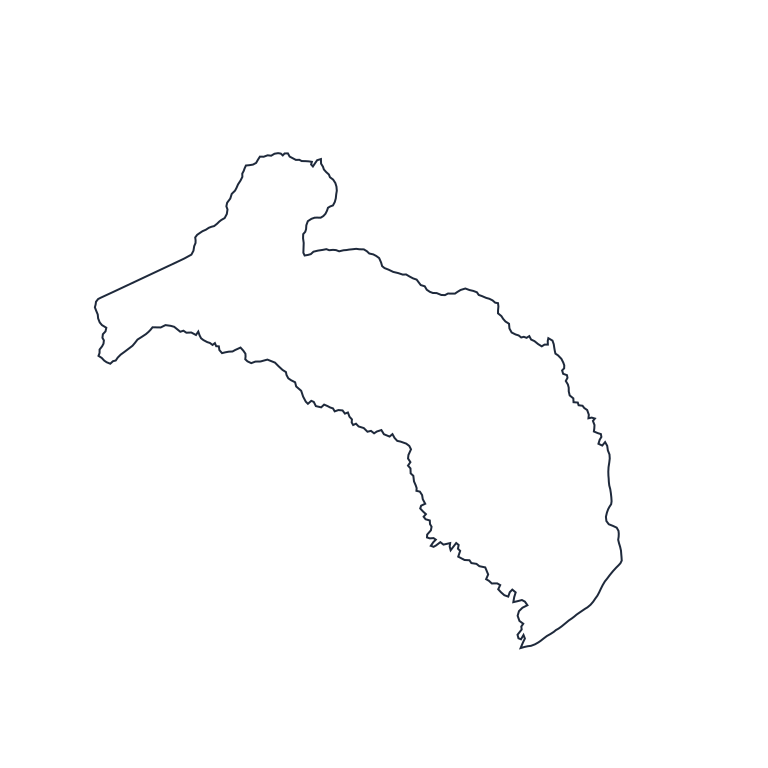 the district of Bom Jesus do Tocantins, Tocantins, Brazil, rotated 208°
{"feature_id": "56859067B75355152775274", "entity_name": "Bom Jesus do Tocantins", "entity_type": "district", "adm_level": 2, "iso_a3": "BRA", "parent_name": "Brazil", "parent_adm1": "Tocantins", "projection": "mercator", "projection_center": [-47.87, -9.003], "detail": "fine", "context": "isolated", "style": "outline", "palette": "slate", "viewbox_px": 768, "rotation_deg": 208, "n_neighbors": 0, "source": "geoboundaries", "source_scale": "gbopen_adm2", "svg_char_len": 6038}
<svg xmlns="http://www.w3.org/2000/svg" viewBox="0 0 768 768"><g transform="rotate(208 384 384)"><path d="M676.9,321.4L675.9,318.7L675.3,316.0L672.8,313.8L669.4,311.0L667.2,307.7L663.9,304.9L660.7,303.6L655.6,303.3L654.6,299.7L655.6,296.0L654.3,292.6L651.8,291.0L650.6,287.9L650.6,284.9L651.3,280.9L649.7,277.8L649.3,274.8L645.5,274.5L642.0,273.3L639.1,273.0L635.2,273.4L634.0,276.9L631.9,278.8L631.5,282.3L630.3,286.3L628.3,290.4L624.0,299.7L623.2,303.4L622.5,307.5L620.0,311.9L617.6,316.3L616.4,319.4L615.6,322.2L615.0,325.4L607.7,329.1L604.6,333.4L599.7,335.2L596.1,336.0L592.0,335.2L588.4,334.5L586.1,336.9L582.6,336.5L578.3,339.0L573.0,339.0L572.6,343.1L569.6,340.3L567.0,338.5L564.1,338.0L559.7,338.0L557.0,338.5L553.7,338.0L552.5,340.7L549.9,338.6L547.5,339.7L545.3,336.7L541.5,335.2L539.2,337.3L536.2,339.7L533.0,341.6L531.4,344.1L527.8,348.8L523.9,347.4L520.6,345.7L519.2,343.4L518.1,340.7L515.2,339.9L511.0,340.1L508.1,343.4L503.6,345.9L501.4,348.0L498.4,350.8L490.3,351.7L485.5,350.2L480.2,348.8L476.2,348.5L474.3,346.2L471.2,344.1L467.8,343.7L463.3,343.8L460.4,340.6L453.9,339.1L449.5,334.9L444.8,331.7L441.9,330.8L440.3,335.0L437.6,335.2L433.8,332.5L428.5,333.9L427.2,337.7L423.5,338.0L420.5,338.0L417.6,338.5L414.7,336.7L412.0,339.6L408.2,341.2L404.6,339.5L402.5,341.9L399.1,338.9L395.7,337.7L394.5,334.9L392.0,333.3L390.1,335.8L386.5,334.6L381.2,335.6L376.2,334.1L373.5,336.5L369.6,335.8L368.0,338.7L364.7,342.1L360.5,339.6L354.4,340.2L353.0,343.7L349.3,341.3L345.6,340.0L342.4,340.9L336.4,341.8L332.6,341.2L329.5,339.0L329.1,332.8L327.8,329.5L324.0,327.4L324.5,323.2L321.0,321.9L318.5,317.6L315.0,316.7L311.8,312.1L308.4,309.4L306.3,307.4L305.2,304.9L301.8,305.8L298.2,303.8L295.7,300.5L291.4,297.6L294.1,294.0L293.6,291.1L289.5,289.7L285.9,288.8L286.7,285.4L283.8,284.1L279.5,285.0L277.6,281.9L275.0,280.3L273.9,276.8L275.2,271.3L274.0,268.7L271.1,269.2L267.9,271.2L265.2,270.9L266.2,267.4L266.7,263.1L263.8,263.5L262.3,265.8L260.0,270.8L256.1,270.1L250.9,274.6L249.7,271.3L247.1,268.5L245.6,277.5L242.5,276.9L241.4,273.3L238.4,272.4L237.4,266.4L230.3,266.4L225.8,268.5L222.8,266.9L217.9,268.6L214.3,267.9L208.5,269.6L202.6,264.7L202.2,259.6L199.0,259.5L195.2,258.5L190.4,261.1L187.0,261.0L186.8,256.4L182.8,255.0L178.6,254.0L174.5,254.6L175.2,259.2L174.2,262.7L169.9,261.8L169.0,257.0L167.4,252.1L164.4,254.7L160.8,258.0L157.4,258.0L153.5,256.0L156.7,251.5L158.2,246.8L157.2,242.1L153.2,238.4L148.5,237.7L148.9,234.3L147.2,231.9L148.4,225.3L145.9,222.6L143.2,222.9L143.0,227.9L140.1,225.4L140.0,221.8L139.8,219.1L139.4,215.0L136.5,217.8L133.9,220.0L131.3,221.8L128.5,225.0L126.4,228.3L125.1,230.8L123.7,234.0L121.9,237.9L119.6,241.5L117.7,244.9L116.7,247.4L115.1,249.9L113.4,253.3L111.3,258.3L109.8,262.0L108.1,265.2L106.8,268.0L105.7,270.8L104.2,273.7L101.0,279.8L99.5,282.3L98.0,286.0L97.1,290.0L96.7,293.8L96.2,297.3L96.2,301.1L96.4,304.9L96.5,308.9L96.3,313.4L95.6,317.0L95.0,321.0L94.0,326.1L92.8,330.8L91.8,334.0L91.1,336.7L91.2,339.7L93.1,342.8L94.6,345.1L96.5,348.1L99.0,351.0L101.8,353.8L104.1,356.4L105.1,359.3L106.4,362.0L108.0,364.4L111.1,366.4L115.2,366.2L119.7,365.7L123.3,367.4L125.7,370.9L126.8,375.1L127.3,378.7L127.3,381.4L127.0,384.5L128.0,387.3L130.1,390.7L132.5,394.2L134.9,397.4L137.5,400.2L139.5,403.1L141.3,406.1L142.8,408.4L144.8,411.9L146.7,416.0L148.2,420.3L149.7,424.2L151.8,427.6L155.2,430.5L157.9,434.2L161.5,436.5L162.4,432.1L166.6,431.9L167.4,436.1L167.2,439.3L169.0,441.6L172.1,441.0L176.4,440.6L177.5,443.6L178.9,446.6L182.2,449.5L181.6,452.5L184.9,451.8L187.4,449.7L188.7,453.0L192.4,456.4L195.9,456.8L198.5,458.0L202.2,456.6L204.2,458.6L208.1,456.9L210.1,460.2L214.7,461.1L217.4,464.2L219.2,467.5L221.4,469.9L224.9,472.0L224.9,475.6L226.6,477.7L230.6,477.1L233.1,479.6L232.3,482.4L233.6,485.1L235.8,487.1L239.2,489.5L243.8,491.0L246.9,491.3L248.8,493.5L250.5,495.7L252.8,498.8L255.6,501.4L260.4,501.6L259.6,498.8L257.8,495.7L260.8,494.1L262.4,491.3L266.7,491.6L271.3,492.5L275.0,492.3L278.2,494.5L279.8,491.7L282.7,491.3L284.7,489.5L287.9,490.1L291.1,489.5L295.5,489.4L299.3,491.9L301.9,495.9L306.1,496.2L309.3,497.4L312.3,499.1L316.5,499.9L317.8,502.4L319.4,506.2L321.3,508.9L324.0,508.0L327.4,508.8L331.0,508.7L334.2,508.0L338.9,507.6L342.2,507.1L345.0,508.6L348.9,508.1L352.6,507.1L357.0,506.5L360.5,503.0L362.4,499.8L363.8,497.1L367.0,495.4L370.0,493.9L371.9,491.1L375.2,489.5L380.2,489.0L383.6,487.3L386.8,486.9L390.5,487.3L393.9,489.4L398.0,488.6L401.0,490.0L404.2,491.5L407.9,490.9L412.1,490.9L415.9,491.1L418.8,489.4L423.5,488.6L428.5,487.3L433.6,487.1L438.0,486.6L441.0,487.2L443.6,489.9L447.4,492.9L450.9,493.4L454.3,493.4L458.3,492.3L461.5,493.2L465.0,493.4L469.0,491.4L472.0,490.3L474.9,488.3L477.9,486.3L480.1,484.6L482.5,483.1L485.9,480.1L489.2,479.7L492.0,478.5L495.2,476.4L498.2,476.0L501.0,473.7L504.9,470.8L508.4,467.7L509.6,464.3L511.7,462.3L514.4,460.2L516.8,462.0L521.1,470.8L523.9,474.7L525.7,478.4L525.0,481.4L525.5,484.1L527.1,487.7L527.7,492.0L525.6,495.8L523.2,498.4L520.6,499.8L518.0,501.1L516.4,503.8L515.6,506.8L515.7,510.4L516.2,513.3L514.8,515.6L512.9,517.7L512.9,521.6L513.7,525.2L515.3,529.2L516.4,532.5L518.6,535.9L521.3,538.6L524.9,540.6L528.8,541.2L531.0,543.1L534.6,544.0L537.8,545.2L539.9,547.2L543.0,549.0L545.3,553.0L548.1,550.2L548.6,545.8L548.9,542.7L551.4,543.6L552.0,546.3L555.1,545.2L558.4,543.7L561.3,542.2L564.0,542.2L567.0,540.5L570.3,540.5L574.1,540.5L577.1,542.5L580.0,540.9L580.7,538.3L583.3,539.0L585.9,538.1L588.8,535.9L590.8,532.6L594.1,531.3L596.9,528.2L600.3,526.5L600.6,522.8L600.7,519.2L602.7,516.2L605.6,514.0L608.5,512.1L608.3,508.9L607.9,506.2L607.9,503.2L606.3,500.4L606.2,496.3L606.6,491.7L606.3,487.8L606.3,484.8L607.7,480.4L606.8,475.6L607.6,470.4L606.6,466.9L604.1,464.6L602.6,460.3L602.6,455.7L604.6,452.5L605.7,450.1L606.6,447.2L608.1,443.7L610.2,441.8L612.0,439.7L613.7,436.6L616.0,433.7L617.4,431.1L619.0,428.0L619.5,424.8L617.8,422.4L616.6,420.0L616.3,416.6L614.8,412.2L614.8,407.8L619.2,401.1L622.3,396.9L665.9,338.7L674.7,327.1L676.3,324.8L676.9,321.4Z" fill="none" stroke="#1e293b" stroke-width="2"/></g></svg>